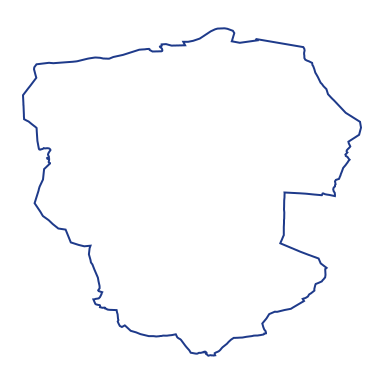 Åseral nor, Vest-Agder, Norway (Robinson projection)
{"feature_id": "86288312B2212467057349", "entity_name": "Åseral nor", "entity_type": "district", "adm_level": 2, "iso_a3": "NOR", "parent_name": "Norway", "parent_adm1": "Vest-Agder", "projection": "robinson", "projection_center": [7.403, 58.684], "detail": "fine", "context": "isolated", "style": "outline", "palette": "blue", "viewbox_px": 384, "rotation_deg": 0, "n_neighbors": 0, "source": "geoboundaries", "source_scale": "gbopen_adm2", "svg_char_len": 5770}
<svg xmlns="http://www.w3.org/2000/svg" viewBox="0 0 384 384"><path d="M347.3,152.5L347.1,152.4L347.0,152.2L346.6,151.4L346.8,150.3L348.1,148.8L348.5,148.5L350.0,146.9L350.3,146.4L348.8,143.4L348.4,141.7L359.1,134.8L361.0,127.6L360.0,121.8L345.7,112.8L333.8,100.2L332.3,98.8L332.1,98.5L331.8,98.3L328.0,94.2L326.4,89.1L323.5,86.2L322.0,84.1L320.6,82.7L317.9,77.1L316.2,74.1L315.3,72.6L314.3,69.1L313.2,66.1L312.5,65.2L312.1,62.9L308.9,61.3L307.0,60.6L305.3,59.7L304.4,58.1L304.3,55.3L304.1,54.2L304.1,52.8L304.6,50.5L304.3,48.8L303.3,47.1L256.4,39.1L256.2,39.3L256.3,39.6L256.2,39.7L256.5,39.8L257.7,39.8L257.6,40.0L257.7,40.3L239.8,42.8L231.8,41.3L232.3,39.9L232.3,39.7L234.3,33.1L232.9,30.8L227.4,28.8L224.6,28.3L217.5,28.6L215.1,29.3L210.8,31.3L199.7,38.6L193.2,40.8L188.1,41.8L183.3,41.8L185.1,45.3L171.5,45.6L166.0,44.1L161.6,44.4L161.6,44.5L161.6,44.9L161.8,45.2L161.8,45.4L161.6,45.8L161.4,46.2L161.3,46.3L160.5,46.3L160.3,46.3L160.0,46.5L159.9,46.7L160.0,46.9L160.4,47.3L161.6,48.2L161.9,48.7L162.1,49.2L162.3,50.0L162.3,50.7L162.2,50.9L162.1,51.0L161.4,51.3L152.5,51.5L149.7,50.0L149.6,49.3L149.0,48.9L146.2,49.1L145.1,49.3L141.9,49.5L139.3,49.7L123.0,54.9L113.3,57.0L109.4,58.6L108.7,58.7L103.2,58.5L100.1,57.8L95.5,57.5L94.4,57.6L89.2,58.4L87.6,58.7L77.4,61.2L76.2,61.4L72.3,61.8L66.6,62.2L53.3,63.2L49.0,62.8L36.5,64.3L34.3,67.3L34.0,69.2L35.2,73.8L36.3,77.8L30.2,85.9L28.2,88.4L23.0,95.2L23.3,101.4L23.4,103.3L23.4,105.0L23.5,105.1L23.9,114.9L23.9,116.3L24.0,117.5L24.1,119.2L26.5,120.5L28.6,121.5L31.5,123.9L34.2,126.0L35.4,126.9L36.6,128.0L36.8,132.0L37.3,139.4L37.4,140.9L38.0,144.1L38.3,145.8L38.7,147.8L38.8,148.1L38.8,148.5L39.0,148.9L39.1,149.2L39.4,149.5L39.9,149.6L40.1,149.5L40.4,149.6L40.8,149.5L41.0,149.3L41.6,149.2L42.7,148.9L43.5,148.4L43.7,148.1L43.8,148.1L44.0,148.3L44.7,148.3L45.5,148.4L46.9,148.2L47.5,148.2L48.3,148.3L49.2,148.5L49.6,148.8L50.1,149.3L50.3,149.5L50.4,149.9L50.4,150.3L50.2,150.6L50.0,150.8L49.5,151.4L49.3,151.8L49.0,152.2L48.6,152.8L48.6,153.0L48.3,153.6L48.0,154.4L48.0,154.8L48.2,155.1L48.4,155.6L48.6,156.1L48.9,156.7L49.0,157.2L48.7,157.7L48.5,157.8L47.5,157.9L47.2,157.9L47.1,158.0L47.3,158.3L47.3,158.5L47.4,158.8L47.6,158.9L48.7,159.0L48.8,159.1L49.1,159.1L49.1,160.0L48.9,161.0L48.8,161.9L48.8,162.0L48.7,162.1L48.9,162.5L49.2,162.8L49.9,163.0L50.0,163.1L50.0,163.5L44.1,169.1L43.0,179.5L39.6,186.7L38.9,189.0L38.7,190.0L38.5,190.8L34.6,203.2L40.4,211.8L42.5,215.4L43.0,216.1L48.6,220.1L52.8,224.1L58.3,228.5L65.6,229.6L66.1,230.8L70.8,242.4L78.6,244.9L84.3,246.3L90.5,245.7L89.6,248.3L88.9,254.3L90.5,260.0L90.9,262.2L91.1,262.7L92.4,264.4L94.3,269.3L97.9,277.7L98.5,281.2L99.5,285.7L99.6,286.9L99.6,288.3L98.2,290.3L98.7,291.1L102.2,292.2L101.6,293.4L101.5,294.1L100.0,297.1L98.7,298.4L95.5,298.9L94.6,299.3L93.4,299.4L95.3,303.8L96.1,304.4L98.1,304.9L99.5,305.1L99.9,305.3L100.2,306.5L100.0,307.2L102.5,307.8L104.6,307.6L105.1,307.8L105.1,308.0L104.8,308.3L105.0,308.5L106.5,308.9L106.7,309.0L106.8,309.2L107.7,309.6L108.0,309.6L109.1,309.8L116.6,310.1L117.0,312.3L117.6,314.3L118.0,318.6L118.1,319.1L118.4,320.1L117.7,321.5L118.6,323.6L119.8,325.9L121.9,327.0L124.8,325.4L125.2,325.7L130.7,330.8L136.2,332.4L140.4,334.1L148.7,336.1L153.3,336.1L153.9,336.2L154.9,336.3L155.7,336.4L156.0,336.5L159.4,336.2L160.2,336.0L161.3,336.0L162.7,335.7L163.5,335.6L166.3,335.7L166.8,335.7L168.9,335.4L171.8,335.1L175.8,334.3L176.1,334.9L177.0,336.8L177.3,337.3L177.7,337.7L178.9,338.5L179.7,338.9L180.2,339.2L180.7,339.6L181.0,339.9L185.3,345.7L186.7,347.4L189.3,350.3L190.7,352.7L195.6,353.6L197.0,353.7L198.1,353.3L198.3,353.1L198.7,352.9L199.3,352.8L199.8,352.9L200.5,352.9L202.7,352.4L203.8,352.3L203.7,351.9L204.4,351.7L205.3,351.7L205.6,351.8L205.7,352.1L206.5,352.7L206.6,353.0L206.3,353.3L205.9,353.6L206.0,353.9L207.3,354.8L208.0,355.5L208.3,355.7L210.3,355.2L210.9,355.2L211.4,355.4L213.0,355.4L213.4,355.5L213.8,355.5L215.1,355.3L214.7,354.5L214.8,354.2L214.7,353.2L216.1,352.4L217.6,351.8L218.7,351.3L220.0,350.2L220.3,349.9L221.0,349.0L221.5,348.4L222.5,347.3L226.4,344.2L226.9,343.8L227.9,342.7L228.5,342.0L230.0,340.6L231.1,339.6L233.7,337.9L237.0,337.8L240.3,337.6L241.0,337.6L242.6,337.5L246.4,336.8L251.8,336.1L254.0,335.6L257.7,335.5L259.5,335.2L259.9,335.2L261.4,334.9L262.3,334.7L262.9,334.7L264.3,334.0L264.3,333.9L264.3,333.6L266.0,333.3L266.0,332.9L265.6,331.2L265.0,330.4L264.3,329.6L264.2,329.4L263.3,327.1L262.3,323.5L266.5,318.4L269.2,314.1L274.8,311.7L275.1,311.8L275.5,311.7L276.0,311.8L276.3,311.8L276.5,311.8L277.3,311.8L284.6,310.0L290.9,308.8L292.8,307.6L304.0,301.0L303.3,300.0L303.0,299.3L302.7,298.9L303.6,298.5L304.4,298.4L306.2,297.6L307.9,296.5L308.9,294.8L309.3,294.3L311.0,293.3L314.4,290.6L314.3,289.0L315.3,285.0L315.7,284.0L318.5,282.9L321.8,281.4L322.7,280.1L323.5,279.4L324.4,278.2L325.1,277.5L325.5,274.9L325.2,269.1L326.6,267.9L320.7,263.4L318.6,258.5L308.2,254.7L300.3,251.7L280.3,243.3L280.5,242.7L281.9,239.6L283.2,236.4L283.8,235.2L283.8,228.3L283.8,227.2L283.9,225.2L284.0,223.0L284.0,221.5L284.0,220.0L284.2,218.4L284.2,217.7L284.3,212.4L284.0,209.4L284.1,206.8L284.2,200.4L284.5,197.2L284.5,195.9L284.6,193.3L284.5,192.5L299.9,193.3L306.0,193.7L313.9,194.5L321.8,195.2L322.0,195.0L322.1,194.7L322.6,193.5L323.2,193.4L325.0,194.2L327.0,194.6L329.2,194.9L334.9,196.1L335.0,195.2L334.7,192.7L333.7,191.3L333.2,189.2L333.4,188.7L333.7,187.6L335.0,186.4L335.0,185.5L335.0,185.1L335.6,184.2L335.4,183.5L335.0,181.3L335.9,179.9L339.0,178.9L339.1,178.7L339.4,177.9L339.9,176.7L340.0,176.3L340.4,175.7L340.8,174.2L341.9,171.5L343.2,167.9L345.9,164.7L346.8,163.4L347.4,162.7L348.5,160.9L349.6,159.7L349.2,159.3L348.9,159.0L347.6,157.1L346.9,156.6L345.8,156.0L345.7,155.2L345.4,154.6L346.1,153.8L346.5,153.5L347.3,152.5Z" fill="none" stroke="#1e3a8a" stroke-width="2"/></svg>